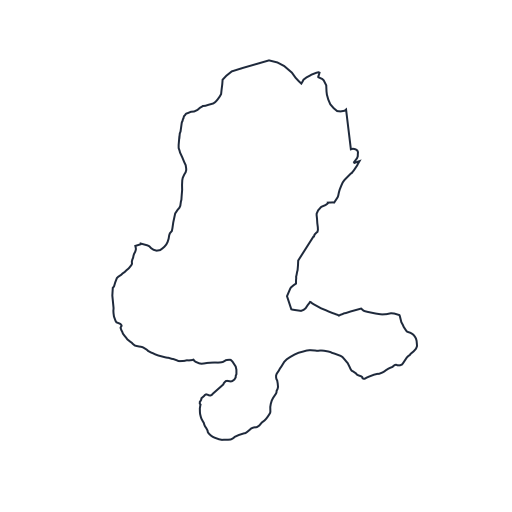 Bois D'Orange/Trouya, Gros Islet, Saint Lucia, rotated 238°
{"feature_id": "8701671B8810495152060", "entity_name": "Bois D'Orange/Trouya", "entity_type": "district", "adm_level": 2, "iso_a3": "LCA", "parent_name": "Saint Lucia", "parent_adm1": "Gros Islet", "projection": "mercator", "projection_center": [-60.971, 14.062], "detail": "fine", "context": "isolated", "style": "outline", "palette": "slate", "viewbox_px": 512, "rotation_deg": 238, "n_neighbors": 0, "source": "geoboundaries", "source_scale": "gbopen_adm2", "svg_char_len": 6123}
<svg xmlns="http://www.w3.org/2000/svg" viewBox="0 0 512 512"><g transform="rotate(238 256 256)"><path d="M327.7,164.8L327.1,164.3L328.5,159.0L326.2,158.2L325.1,157.5L323.6,155.8L322.4,153.7L321.2,152.3L319.7,150.9L318.4,149.1L317.0,147.7L315.1,146.7L314.3,145.4L313.1,142.0L312.8,140.6L312.6,138.8L312.0,136.1L311.9,133.5L311.5,131.9L311.4,128.1L311.0,126.3L309.7,124.6L308.2,122.6L306.7,120.9L305.4,119.4L304.9,117.7L298.6,113.2L287.3,107.6L286.3,106.9L285.1,106.0L283.1,104.9L280.0,103.5L275.4,102.5L273.7,102.5L271.3,104.3L270.2,105.0L268.7,105.2L268.0,105.0L267.7,104.3L266.9,103.1L264.4,102.5L262.6,102.4L260.7,102.0L258.3,102.2L255.2,102.6L253.5,102.7L249.8,104.0L248.2,104.7L246.9,104.9L244.3,105.8L243.2,106.8L240.9,109.2L240.3,110.0L239.0,111.3L238.1,111.9L236.1,112.9L234.7,113.6L233.2,114.1L232.8,114.1L229.5,116.0L228.4,116.9L226.0,118.4L223.4,120.4L218.1,125.4L216.7,126.9L216.1,127.8L213.4,130.1L212.4,131.3L209.6,133.5L208.1,134.5L207.2,135.7L205.1,139.5L204.2,142.1L203.0,143.8L201.5,146.9L201.3,148.0L200.9,148.1L199.8,148.1L198.3,148.7L195.0,151.0L193.5,152.7L192.4,155.0L191.1,158.1L189.0,162.0L187.4,164.8L185.7,167.3L184.4,169.9L183.7,171.7L183.6,173.7L183.6,175.3L182.9,176.9L182.0,178.6L181.3,179.5L178.9,180.1L173.0,180.2L169.9,179.1L166.2,176.8L165.2,175.4L163.8,174.4L162.7,172.2L162.5,169.6L163.0,168.1L165.3,165.5L165.9,164.3L165.7,163.0L165.2,161.3L164.4,160.2L162.1,146.5L161.6,144.7L161.9,143.3L162.7,142.3L163.8,141.6L165.1,140.4L165.2,138.9L164.8,137.8L164.3,134.4L163.1,133.3L162.4,132.0L162.1,131.1L160.6,130.1L159.3,130.2L158.7,129.5L156.5,127.6L153.3,125.7L151.7,124.9L149.0,124.0L147.0,123.5L143.9,123.3L142.2,123.3L140.5,122.8L138.6,122.5L136.4,122.6L133.6,122.4L132.5,121.9L131.4,121.8L129.5,122.1L127.4,122.7L125.6,123.5L123.9,124.6L120.2,127.5L118.1,129.7L117.1,131.6L115.8,133.7L114.8,135.3L113.8,137.3L113.6,139.1L113.6,140.5L113.9,142.1L113.3,146.6L112.0,151.7L111.4,153.2L111.5,155.3L111.9,158.3L112.3,160.6L111.9,162.8L111.3,164.4L110.8,165.0L110.4,166.4L110.5,169.0L111.7,172.7L112.0,176.1L112.6,178.4L113.4,180.5L114.6,183.2L115.5,184.9L116.4,185.7L120.4,188.1L122.8,190.2L125.1,192.8L126.6,195.3L128.8,200.2L129.6,201.2L130.7,202.0L131.8,203.8L133.3,205.3L136.5,206.9L139.2,208.0L140.8,208.1L142.4,208.7L144.0,209.7L145.2,211.2L146.7,214.6L147.9,216.7L148.8,218.9L151.3,223.9L152.1,227.3L152.2,230.2L152.2,232.1L152.0,236.5L151.4,240.8L150.1,245.0L149.0,248.8L147.6,251.8L144.4,256.2L143.3,257.4L142.7,258.4L141.9,260.2L140.6,262.2L139.5,263.6L136.8,266.6L135.0,268.3L133.6,269.1L131.7,270.8L126.5,274.8L124.5,275.8L120.7,276.4L118.4,276.7L116.6,277.0L112.4,276.6L110.3,276.3L108.5,276.3L107.9,276.4L106.8,277.1L103.4,278.6L102.8,278.6L101.6,278.9L100.4,279.7L98.4,281.3L97.6,281.7L97.0,281.9L96.4,281.7L95.8,281.6L95.0,282.1L94.6,282.6L94.3,283.2L94.2,285.5L93.8,288.1L92.8,293.2L92.3,294.7L91.8,296.3L91.2,297.3L90.8,298.2L90.2,301.6L90.1,303.6L90.3,305.7L90.3,308.5L90.1,310.4L89.6,313.1L89.9,314.1L90.0,315.7L89.8,316.6L89.4,317.3L88.3,318.1L87.0,320.2L86.6,322.2L87.1,323.7L90.0,330.1L90.5,332.3L90.5,333.6L90.6,334.2L90.9,334.8L91.1,335.3L91.6,339.1L92.2,341.2L92.6,342.5L93.2,343.4L94.1,344.6L94.6,345.0L96.5,346.0L98.9,347.2L100.2,347.6L101.2,347.9L102.9,348.0L104.8,347.9L106.2,347.6L107.4,347.1L109.1,346.2L110.9,344.7L111.7,344.1L112.3,343.9L113.3,343.8L116.7,343.7L117.8,343.7L119.6,344.0L122.9,344.2L128.1,345.9L129.1,346.2L129.9,346.3L133.9,342.8L135.9,340.2L137.5,335.9L139.5,332.2L140.4,331.0L141.3,329.9L143.7,327.1L149.5,321.0L151.5,319.1L152.7,318.2L155.7,317.3L158.8,306.9L160.0,302.0L160.7,300.3L160.9,298.5L161.4,296.4L161.5,294.7L162.6,294.2L164.7,292.5L165.2,292.2L167.0,290.7L170.4,288.2L173.0,286.5L177.2,283.4L179.4,282.2L184.4,279.4L186.2,278.5L187.6,278.1L188.1,277.8L188.4,277.5L187.9,276.5L187.0,273.9L185.4,270.4L185.1,267.8L185.6,265.1L189.3,260.7L191.3,258.4L192.1,257.7L205.5,261.0L207.1,263.3L210.3,267.9L210.8,269.0L211.3,272.4L211.4,275.3L214.4,277.2L216.1,278.5L217.0,278.9L218.5,280.4L220.7,282.4L221.9,283.7L225.6,286.5L229.8,289.4L242.0,314.9L241.8,315.4L242.4,316.2L243.0,316.8L243.3,317.6L243.8,319.7L243.9,320.9L245.4,322.4L247.7,323.7L251.4,325.4L255.1,327.4L258.6,329.1L259.8,329.9L261.8,332.9L262.7,336.0L263.0,336.8L263.0,338.0L262.4,341.7L262.4,342.7L262.5,344.1L262.7,345.0L263.2,345.2L260.7,349.6L259.9,350.6L262.1,355.4L262.7,356.6L263.7,357.8L266.1,360.1L268.0,362.2L270.4,365.5L272.1,368.0L272.6,368.9L273.1,370.1L273.6,371.4L274.2,373.8L275.7,380.2L275.6,381.2L275.8,381.4L276.1,382.4L276.5,383.6L277.1,385.1L278.6,388.4L279.2,389.8L280.1,391.2L281.6,394.0L282.8,388.8L283.6,388.8L284.5,391.2L285.4,393.5L286.6,395.1L288.8,396.6L289.7,397.3L290.4,397.6L291.8,397.8L293.1,397.3L294.1,396.6L294.9,395.8L295.6,395.0L295.9,394.1L296.1,393.4L296.2,393.0L332.5,410.0L332.2,408.2L333.8,404.3L335.9,401.6L340.2,400.2L345.3,399.4L350.4,400.2L355.2,401.6L358.2,403.0L363.5,406.0L369.1,406.5L371.0,406.0L374.6,403.6L375.2,403.9L376.5,405.6L377.8,407.0L378.7,406.4L379.4,404.3L379.6,403.3L380.4,399.1L380.4,397.4L380.7,393.5L380.4,390.3L380.4,389.8L379.6,388.5L379.0,387.4L378.2,385.8L381.6,384.9L386.2,384.0L392.5,383.6L402.1,380.6L408.8,376.7L415.0,370.7L422.5,344.4L425.4,333.3L424.6,326.4L423.2,321.1L419.4,318.3L415.1,314.8L411.8,312.2L410.5,309.8L409.1,306.4L408.5,304.5L408.1,302.8L408.0,300.6L409.5,295.5L410.2,292.7L411.4,290.3L411.3,289.8L411.4,287.0L410.9,283.8L411.3,280.2L412.8,277.2L413.3,274.0L413.7,272.4L413.6,271.6L413.0,270.3L412.8,269.2L412.2,268.4L411.1,267.3L410.8,266.6L409.4,265.2L409.2,264.7L408.4,263.7L401.6,258.0L400.3,256.3L396.1,253.1L398.5,254.8L397.1,253.7L391.1,249.2L388.5,247.6L385.9,247.0L384.0,246.4L378.3,245.7L377.9,245.6L373.7,244.9L370.3,244.5L367.3,243.2L365.9,242.4L364.3,240.7L363.1,238.3L361.1,235.3L359.3,233.6L355.4,230.9L351.2,228.4L346.1,224.6L343.2,222.5L342.1,221.3L338.7,218.4L337.5,216.6L336.7,214.0L334.9,210.0L328.4,203.7L323.8,199.8L321.8,197.9L320.9,195.0L319.6,193.4L316.9,191.0L314.7,188.4L313.3,186.0L312.4,183.2L312.0,180.6L311.8,177.8L313.2,174.5L315.6,172.4L318.2,171.2L320.7,170.7L322.5,169.6L327.7,164.8Z" fill="none" stroke="#1e293b" stroke-width="2"/></g></svg>